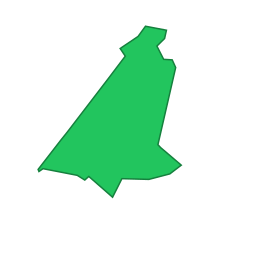 Schenectady, New York, United States of America (Mercator projection), rotated 137°
{"feature_id": "52423323B8631496960035", "entity_name": "Schenectady", "entity_type": "district", "adm_level": 2, "iso_a3": "USA", "parent_name": "United States of America", "parent_adm1": "New York", "projection": "mercator", "projection_center": [-74.057, 42.834], "detail": "fine", "context": "isolated", "style": "filled", "palette": "green", "viewbox_px": 256, "rotation_deg": 137, "n_neighbors": 0, "source": "geoboundaries", "source_scale": "gbopen_adm2", "svg_char_len": 478}
<svg xmlns="http://www.w3.org/2000/svg" viewBox="0 0 256 256"><g transform="rotate(137 128 128)"><path d="M222.8,156.9L217.9,156.2L197.4,128.0L195.1,119.4L189.7,119.3L186.5,87.9L167.0,95.1L147.8,76.2L128.7,65.9L114.4,64.5L117.5,91.4L117.5,95.4L51.9,139.7L49.2,147.7L55.1,153.9L51.0,168.2L40.2,168.5L33.2,173.3L45.8,190.5L58.2,188.1L79.5,191.5L81.0,182.4L109.2,177.5L175.3,166.4L185.6,164.9L222.0,159.0L222.8,156.9Z" fill="#22c55e" stroke="#15803d" stroke-width="1.5"/></g></svg>